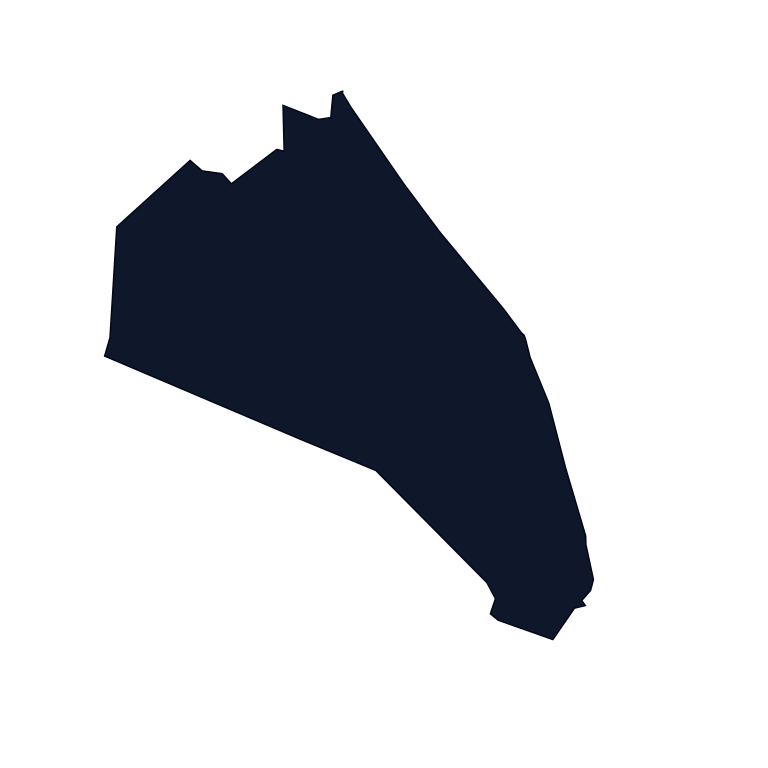 the district of Ocean, New Jersey, United States of America, rotated 315°
{"feature_id": "52423323B31448976404541", "entity_name": "Ocean", "entity_type": "district", "adm_level": 2, "iso_a3": "USA", "parent_name": "United States of America", "parent_adm1": "New Jersey", "projection": "albers", "projection_center": [-74.224, 39.835], "detail": "fine", "context": "isolated", "style": "filled", "palette": "ink", "viewbox_px": 768, "rotation_deg": 315, "n_neighbors": 0, "source": "geoboundaries", "source_scale": "gbopen_adm2", "svg_char_len": 745}
<svg xmlns="http://www.w3.org/2000/svg" viewBox="0 0 768 768"><g transform="rotate(315 384 384)"><path d="M369.7,683.0L370.7,676.9L384.1,676.0L393.8,670.4L413.3,640.2L419.2,634.0L453.2,571.5L486.9,514.2L506.1,468.5L514.4,454.7L516.1,451.7L517.2,449.3L517.5,448.6L517.4,444.3L521.6,415.7L530.8,316.8L534.1,293.7L539.6,256.0L552.4,186.1L556.3,164.9L560.3,148.8L561.8,147.9L561.4,147.4L552.0,143.7L539.3,154.2L534.8,158.0L524.8,150.6L509.6,115.6L478.0,148.8L474.0,142.3L417.6,134.5L418.3,120.9L406.1,104.7L405.0,88.8L306.2,83.9L223.1,157.4L206.2,166.7L237.8,245.0L244.3,261.2L286.8,366.4L317.1,439.4L316.3,597.3L311.0,614.6L296.7,621.7L297.7,631.8L322.7,684.1L360.2,677.2L369.7,683.0Z" fill="#0f172a" stroke="#020617" stroke-width="1.5"/></g></svg>